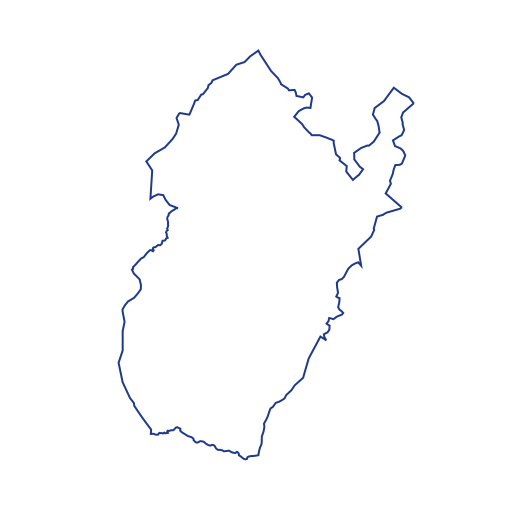 the district of Bogoro, Bauchi, Nigeria, rotated 104°
{"feature_id": "59680162B11671066128606", "entity_name": "Bogoro", "entity_type": "district", "adm_level": 2, "iso_a3": "NGA", "parent_name": "Nigeria", "parent_adm1": "Bauchi", "projection": "mercator", "projection_center": [9.621, 9.639], "detail": "fine", "context": "isolated", "style": "outline", "palette": "blue", "viewbox_px": 512, "rotation_deg": 104, "n_neighbors": 0, "source": "geoboundaries", "source_scale": "gbopen_adm2", "svg_char_len": 4361}
<svg xmlns="http://www.w3.org/2000/svg" viewBox="0 0 512 512"><g transform="rotate(104 256 256)"><path d="M226.0,372.3L223.2,370.1L219.8,365.9L219.4,360.7L223.3,357.4L227.4,352.2L228.5,343.3L229.1,345.2L230.7,346.4L232.9,348.7L235.1,350.1L235.8,350.9L237.3,350.7L237.6,350.6L239.4,351.3L241.3,351.2L244.6,349.4L246.3,349.2L247.8,348.5L250.9,348.8L252.2,347.9L253.1,348.7L254.9,349.0L256.1,348.0L258.4,347.3L259.7,346.1L260.7,347.4L262.9,348.0L263.9,350.4L267.0,350.4L268.8,351.7L269.0,353.6L271.7,355.7L272.1,356.8L272.9,357.8L274.0,357.9L275.2,356.7L276.3,357.1L275.7,359.0L276.1,360.4L279.8,362.7L284.4,364.7L286.1,366.8L289.5,368.7L293.9,371.0L296.7,372.7L298.1,372.1L299.3,373.1L302.8,370.0L304.5,367.0L306.8,363.3L311.8,360.7L316.0,359.7L320.9,361.6L326.1,364.2L331.1,369.2L335.4,371.2L340.1,372.6L342.3,371.9L343.7,371.3L351.6,367.6L361.1,367.2L379.9,362.5L391.5,363.4L392.8,363.5L407.8,356.3L410.7,354.9L424.4,343.8L428.1,339.0L429.5,338.4L430.9,337.8L434.8,333.5L440.4,327.2L448.0,318.0L449.7,315.8L454.1,315.0L453.3,312.6L453.4,311.6L453.6,310.5L453.4,308.9L452.8,307.6L451.6,307.4L450.9,306.6L451.0,305.9L450.7,305.0L450.7,303.3L449.6,302.4L450.0,301.2L449.5,300.0L448.9,298.7L447.9,299.6L446.9,299.5L446.7,297.9L445.6,296.2L445.3,294.6L444.4,293.6L442.9,292.8L441.8,292.1L441.2,291.1L441.5,289.6L441.9,287.6L443.6,287.3L443.9,287.2L444.9,285.5L447.1,278.7L447.3,276.8L447.4,274.6L448.0,273.5L448.5,272.4L449.9,271.9L450.9,270.2L451.4,268.9L451.2,267.7L450.5,266.7L449.4,265.7L449.0,264.8L448.9,263.3L448.9,261.9L449.2,261.0L450.3,259.1L451.0,256.5L451.0,254.3L450.0,253.1L449.7,251.6L450.4,250.0L451.8,248.8L452.8,247.5L453.3,245.8L452.8,244.1L452.7,241.6L453.0,240.8L453.3,239.9L451.4,235.1L452.0,233.3L452.4,231.0L452.2,228.4L451.8,228.1L450.7,227.2L450.8,226.4L451.9,224.9L452.7,224.6L453.5,224.4L454.0,222.7L455.7,219.0L455.9,217.1L455.0,215.6L453.5,215.7L452.5,214.8L451.5,212.9L450.7,210.2L449.8,207.9L448.7,205.5L445.2,205.8L440.9,205.8L438.1,205.2L435.8,205.3L429.6,206.7L424.6,206.2L419.9,206.5L416.7,207.7L412.0,206.4L409.4,205.9L407.4,205.7L403.8,205.5L400.3,205.0L398.5,203.2L393.7,201.3L391.7,198.2L389.3,195.7L387.2,193.8L383.5,193.0L377.9,189.3L372.0,187.1L364.2,181.8L362.7,180.8L359.3,180.7L342.7,180.1L318.6,174.0L320.8,167.4L318.0,170.1L315.6,171.2L314.3,169.9L312.8,168.1L309.7,167.0L305.8,167.7L305.2,169.7L304.5,171.2L301.7,169.9L298.5,170.0L298.4,168.4L298.6,165.6L295.3,162.9L293.6,160.6L292.1,158.5L290.2,157.6L288.7,159.9L287.9,161.9L285.9,163.9L280.8,164.0L276.7,164.7L276.5,166.8L275.9,168.3L271.9,167.5L266.5,169.8L262.3,171.1L259.1,169.6L257.7,167.2L254.9,165.6L252.4,165.0L249.6,164.3L246.0,163.4L242.0,160.9L239.5,158.3L237.4,155.3L240.0,151.6L236.3,153.2L224.3,158.4L211.9,150.6L209.4,149.0L206.5,148.4L206.0,148.4L202.2,147.6L201.0,148.4L197.0,148.3L188.5,148.1L187.4,146.3L185.1,142.4L184.6,142.2L182.4,139.9L175.2,127.5L174.0,126.7L173.4,126.8L163.9,145.3L153.3,142.6L150.6,144.2L143.7,143.2L138.3,143.3L134.1,142.8L132.7,138.5L131.1,136.8L122.6,135.5L122.4,135.5L119.1,138.0L117.9,139.4L117.0,141.3L116.7,141.6L115.7,147.7L110.7,151.1L105.2,145.9L103.7,144.0L100.9,143.3L97.8,142.8L92.6,145.7L91.3,145.8L86.3,148.6L81.2,148.0L70.1,140.2L69.3,140.4L65.0,145.9L63.3,153.8L59.4,163.0L74.7,169.3L83.9,176.8L85.5,176.6L90.3,176.8L90.5,176.8L94.3,172.8L95.6,171.1L100.4,168.4L106.1,166.1L106.3,165.9L116.6,169.4L121.6,173.1L121.9,174.7L125.7,180.1L132.3,185.8L132.8,185.5L138.5,184.0L144.3,176.8L145.9,173.1L152.3,175.7L152.3,175.8L158.7,180.4L152.2,188.9L146.8,189.7L144.0,195.9L143.0,198.1L140.7,198.0L140.2,198.7L138.0,202.9L137.9,203.0L127.7,207.9L125.3,208.5L124.7,211.0L124.4,214.5L124.2,215.0L123.4,223.4L124.3,227.1L125.3,231.2L123.9,232.8L123.6,233.9L119.4,240.5L116.9,243.1L114.1,248.1L111.7,252.6L105.1,249.6L101.3,245.5L99.7,242.7L99.2,239.0L88.7,239.9L85.4,244.1L87.9,247.4L90.6,248.5L90.9,255.4L87.5,257.1L85.5,258.8L87.3,264.1L85.8,265.6L83.2,273.4L81.9,274.1L78.2,277.7L72.8,286.2L59.5,300.5L56.1,303.4L63.6,309.9L70.6,314.0L75.1,321.3L81.1,324.5L86.0,327.1L96.0,340.6L99.0,341.2L101.6,343.4L104.7,343.4L111.8,346.6L112.7,348.2L118.8,350.3L119.8,352.6L123.6,353.0L134.9,354.8L135.0,354.9L135.7,364.3L136.5,365.1L141.3,366.5L147.3,362.7L156.6,363.1L162.7,365.3L172.7,370.7L180.9,379.2L190.8,385.3L194.7,381.0L195.4,380.3L198.1,377.4L226.0,372.3Z" fill="none" stroke="#1e3a8a" stroke-width="2"/></g></svg>